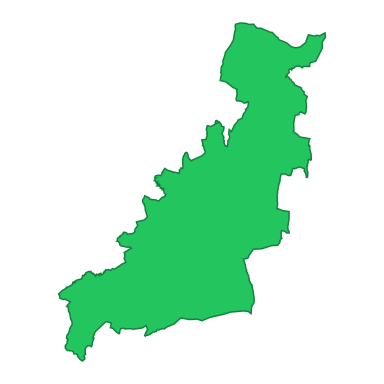 the district of Hobøl nor, Østfold, Norway
{"feature_id": "86288312B48934534405414", "entity_name": "Hobøl nor", "entity_type": "district", "adm_level": 2, "iso_a3": "NOR", "parent_name": "Norway", "parent_adm1": "Østfold", "projection": "albers", "projection_center": [10.908, 59.61], "detail": "fine", "context": "isolated", "style": "filled", "palette": "green", "viewbox_px": 384, "rotation_deg": 0, "n_neighbors": 0, "source": "geoboundaries", "source_scale": "gbopen_adm2", "svg_char_len": 5962}
<svg xmlns="http://www.w3.org/2000/svg" viewBox="0 0 384 384"><path d="M65.3,348.2L67.3,350.5L71.9,350.9L73.0,351.6L73.4,352.0L73.8,353.8L76.2,353.9L77.7,355.1L77.6,356.4L80.2,359.5L82.3,361.0L82.9,360.7L84.9,358.8L84.0,355.4L85.6,354.4L85.1,352.3L85.3,350.6L85.1,349.2L86.4,347.0L87.8,345.8L89.7,345.7L91.4,346.7L91.9,345.8L92.7,341.1L94.0,338.3L92.9,337.8L95.2,331.7L106.1,321.5L110.9,322.9L111.1,324.5L110.3,327.7L113.0,328.4L116.0,331.7L119.0,333.8L119.6,333.1L119.8,330.8L120.8,328.6L123.8,328.3L125.4,329.0L129.6,328.6L133.5,329.2L142.5,327.9L146.0,325.5L147.6,329.5L145.7,332.8L144.7,335.6L145.4,336.1L145.9,335.4L147.3,335.4L150.5,334.1L152.8,332.2L156.3,331.5L157.1,329.7L158.3,330.1L162.1,328.7L164.7,328.8L165.4,327.9L167.4,326.7L174.1,324.0L180.7,318.0L189.5,319.5L197.1,319.1L202.0,320.7L209.9,317.4L224.3,314.1L230.5,312.1L243.9,310.9L248.3,311.5L251.1,313.6L251.4,307.7L252.2,305.5L253.6,303.5L254.2,301.3L253.9,296.2L253.3,293.9L253.5,293.0L252.2,287.2L252.1,285.0L250.5,283.5L250.3,282.2L249.5,281.2L248.5,275.4L247.4,273.8L247.6,272.8L246.4,271.6L246.7,270.1L245.9,268.9L245.4,265.2L243.4,259.2L247.7,258.2L248.4,257.4L248.8,255.7L253.4,249.2L261.7,248.8L271.7,245.6L277.7,245.3L279.8,242.4L280.1,240.4L280.8,239.1L281.9,238.2L281.1,236.8L281.2,232.0L281.5,230.8L284.2,231.0L286.7,232.9L289.1,233.0L289.0,231.3L288.1,229.9L287.7,227.7L289.0,219.2L289.1,211.6L282.6,210.6L277.8,208.7L277.1,209.0L276.8,208.2L277.6,204.7L277.1,196.4L277.7,192.3L277.6,191.1L279.2,182.9L279.7,182.5L279.8,180.8L280.2,180.2L279.9,179.0L281.2,174.2L284.7,173.9L288.5,175.5L290.5,175.5L291.2,174.7L291.2,172.9L291.8,172.6L292.8,168.3L294.8,168.8L299.2,166.9L304.4,168.7L304.2,170.9L305.5,173.3L306.3,175.7L306.3,177.4L307.0,177.5L307.5,176.9L307.9,172.6L307.0,169.3L307.0,167.5L308.1,162.1L308.3,159.5L309.4,159.4L310.3,160.2L311.3,159.7L311.1,154.2L309.7,148.9L309.9,146.7L309.4,145.4L308.5,145.4L308.9,140.9L309.9,138.7L299.9,137.0L296.7,133.8L293.3,131.7L293.9,130.1L293.7,122.7L295.0,116.0L296.0,114.9L298.7,114.8L299.5,112.9L300.5,111.9L304.9,113.9L305.9,112.5L306.5,106.6L306.3,103.0L305.8,101.2L307.2,96.5L304.1,94.3L304.0,93.3L304.3,92.2L301.8,90.0L301.3,87.9L294.7,84.8L293.6,82.6L292.0,81.6L291.1,79.8L289.9,79.1L288.7,77.2L286.8,75.8L285.8,77.2L285.7,76.5L289.3,72.3L288.8,70.7L289.3,69.3L290.7,69.3L291.7,70.0L292.0,69.5L291.8,68.3L293.7,68.2L294.7,67.0L296.8,66.2L299.9,66.2L302.3,67.9L303.4,66.5L304.2,66.3L308.8,66.6L309.9,66.1L309.4,65.1L310.3,62.8L315.8,61.1L322.3,48.2L322.4,41.7L325.1,37.7L325.4,36.3L325.0,32.9L319.7,35.7L316.7,35.3L314.7,36.2L308.4,34.8L305.6,42.6L300.2,47.0L295.8,47.8L291.3,46.8L286.7,42.9L279.2,39.8L278.1,38.6L278.1,37.7L276.2,36.6L272.2,32.4L270.1,32.2L261.2,28.3L257.6,28.2L256.4,27.6L253.4,24.2L248.9,24.4L245.5,23.3L240.2,23.0L235.5,24.3L235.1,26.4L235.5,28.3L235.3,30.7L234.8,31.4L233.3,40.2L230.8,44.9L225.3,52.6L225.0,54.8L222.9,60.8L223.1,64.4L221.3,67.0L221.1,68.7L221.1,71.1L220.7,72.5L221.6,74.9L220.8,76.5L220.2,80.5L226.0,81.9L232.8,87.4L236.9,89.3L236.6,91.0L237.1,92.8L236.8,96.3L236.1,98.5L236.5,100.7L241.3,101.3L244.4,103.2L246.6,102.6L247.4,101.7L248.4,101.9L248.2,104.6L247.9,107.0L245.4,109.6L245.8,110.6L245.5,111.6L243.6,113.7L242.0,118.3L238.1,120.0L237.2,122.2L234.4,125.1L231.5,131.6L229.2,129.6L228.7,134.0L229.7,136.6L229.2,138.8L227.9,140.9L227.8,144.4L227.4,146.4L224.8,145.5L224.5,143.7L224.1,143.2L224.0,141.9L224.3,141.0L223.3,138.7L224.0,137.6L221.9,133.5L223.5,130.5L224.0,127.0L221.4,126.0L221.2,124.3L219.2,121.9L218.1,122.7L217.8,121.1L216.2,120.4L215.7,120.8L215.2,122.6L216.4,123.3L212.6,125.7L210.9,126.5L207.3,125.7L206.3,129.5L207.3,132.2L206.6,133.7L207.4,134.8L205.9,139.4L201.8,139.9L203.1,144.5L202.5,145.3L203.7,146.7L204.4,149.9L205.0,150.9L205.2,152.5L204.7,153.4L201.4,156.1L192.7,159.9L191.7,160.9L189.2,158.9L188.5,157.6L187.4,153.1L186.1,152.4L184.7,153.5L184.4,155.3L183.6,155.7L182.8,158.9L182.7,163.9L183.1,167.5L182.5,168.5L181.1,167.8L180.9,168.7L179.3,170.1L179.6,172.0L179.3,173.2L173.8,172.0L173.2,172.6L172.4,171.7L167.3,170.2L164.8,168.4L162.2,172.2L162.7,172.3L162.6,172.7L160.7,175.7L158.6,175.1L155.4,176.0L154.8,177.7L155.8,177.8L155.0,178.3L154.9,179.8L154.3,180.6L155.5,180.9L156.4,183.2L157.7,182.1L157.3,184.5L158.0,185.0L157.0,185.9L158.5,186.0L158.7,185.6L158.3,184.6L159.0,183.9L159.8,185.1L159.5,186.3L160.6,187.5L160.4,188.2L161.6,188.3L162.0,189.4L162.6,188.3L163.6,188.5L163.5,190.8L163.9,191.2L164.2,193.1L165.9,194.5L164.2,196.9L162.1,197.4L158.6,201.1L156.0,200.0L150.0,199.3L149.1,197.8L144.7,195.8L144.4,197.4L143.2,198.9L142.5,200.9L143.0,202.8L144.5,204.0L144.0,204.6L145.3,207.5L145.2,209.8L147.3,216.4L146.7,217.7L144.3,220.0L136.4,221.9L137.7,225.6L135.0,229.3L134.7,231.3L134.9,231.8L133.2,233.3L127.9,234.2L126.2,232.6L124.0,232.2L123.3,232.7L123.6,233.5L122.5,234.0L122.0,235.0L120.2,235.7L119.6,236.5L119.9,237.0L118.5,237.4L117.5,238.5L117.3,239.1L117.6,240.5L116.8,241.2L118.2,241.5L119.7,243.5L119.9,245.0L120.8,245.8L126.5,247.1L130.1,247.1L131.4,248.3L128.4,249.6L127.7,250.7L126.1,251.2L124.2,252.7L124.7,253.2L124.5,254.3L125.1,255.9L124.1,258.4L125.8,262.3L122.5,263.8L114.8,269.0L112.3,268.7L110.3,270.6L108.6,269.5L107.0,270.0L105.7,269.7L105.0,270.9L105.1,271.7L104.1,271.6L104.0,272.5L103.4,272.8L103.6,273.6L101.4,275.2L101.0,273.3L99.9,273.6L99.3,275.5L98.3,274.2L96.8,275.0L96.3,274.3L95.6,275.1L95.5,276.1L93.3,273.3L92.5,273.7L91.8,272.8L91.2,272.9L90.8,272.3L91.0,271.5L89.0,271.5L86.3,272.5L85.6,273.1L85.9,274.0L84.4,274.7L84.3,275.7L82.6,275.5L81.8,278.8L76.6,280.2L74.5,281.5L75.4,282.5L73.9,283.0L73.5,282.0L72.9,282.2L72.4,284.5L68.4,286.9L66.2,287.3L66.2,288.3L62.8,290.2L58.6,293.9L58.8,294.7L59.6,295.2L60.0,298.4L63.6,299.5L64.8,299.1L70.3,301.8L66.6,306.4L68.6,307.4L68.3,308.9L68.6,311.4L69.7,313.4L70.6,318.8L72.1,322.1L72.1,324.6L70.2,327.7L68.6,333.3L67.3,334.6L66.5,337.2L66.7,338.6L67.9,339.4L67.0,341.8L67.3,343.1L65.3,345.5L65.3,348.2Z" fill="#22c55e" stroke="#15803d" stroke-width="1.5"/></svg>